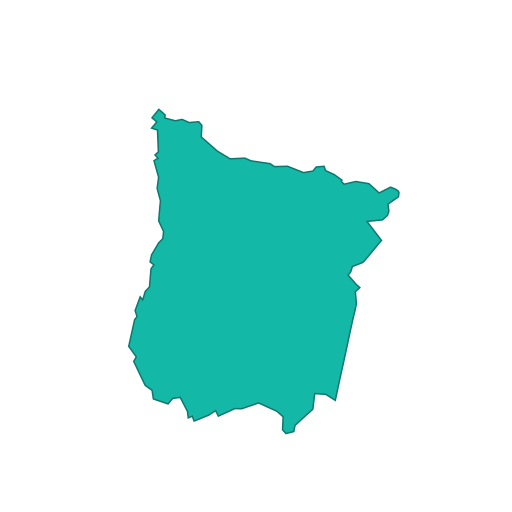 outline of Berkeley, South Carolina, United States of America, rotated 244°
{"feature_id": "52423323B42356104193293", "entity_name": "Berkeley", "entity_type": "district", "adm_level": 2, "iso_a3": "USA", "parent_name": "United States of America", "parent_adm1": "South Carolina", "projection": "mercator", "projection_center": [-79.914, 33.162], "detail": "fine", "context": "isolated", "style": "filled", "palette": "teal", "viewbox_px": 512, "rotation_deg": 244, "n_neighbors": 0, "source": "geoboundaries", "source_scale": "gbopen_adm2", "svg_char_len": 1566}
<svg xmlns="http://www.w3.org/2000/svg" viewBox="0 0 512 512"><g transform="rotate(244 256 256)"><path d="M430.4,233.0L425.8,223.1L420.0,225.6L416.7,218.2L412.4,222.7L392.4,213.9L391.1,209.5L386.8,210.8L386.4,206.1L369.5,203.0L360.2,196.8L347.5,194.3L342.6,191.3L330.2,183.9L318.6,183.7L312.4,179.8L310.5,174.3L302.7,162.5L297.1,158.2L292.8,160.4L290.5,156.0L274.9,146.7L272.8,141.0L266.2,134.9L270.1,134.0L259.9,123.4L253.7,122.5L252.0,119.0L230.6,102.0L217.8,104.2L214.9,99.9L188.2,99.7L180.8,103.7L172.5,101.1L161.6,112.1L164.5,118.7L162.1,125.9L146.5,126.3L140.2,124.1L139.9,128.5L134.8,128.0L133.7,143.7L134.7,151.9L128.6,152.0L128.1,170.1L125.0,176.2L122.8,193.9L107.3,206.7L99.6,209.9L88.2,203.7L83.3,205.1L81.6,213.0L86.7,216.9L93.4,239.9L106.6,248.5L101.0,258.1L91.5,264.0L109.0,277.7L123.7,289.4L149.7,309.8L156.9,315.5L162.6,320.3L169.2,325.4L180.3,329.6L182.1,335.5L186.3,333.7L198.4,330.4L200.2,334.2L204.3,338.0L203.4,348.5L203.8,350.6L205.6,354.6L206.6,357.0L210.6,365.8L210.7,366.0L213.0,371.0L215.0,375.6L221.7,374.3L225.0,373.6L238.4,370.9L233.0,385.6L234.9,392.0L237.9,395.0L244.8,397.4L246.8,410.0L250.3,412.3L252.2,412.3L255.3,410.4L258.9,407.1L258.7,394.3L271.5,389.2L279.2,378.4L281.9,366.7L285.3,365.4L286.5,366.5L294.9,362.0L302.2,356.0L306.8,356.5L309.6,349.1L307.4,344.4L310.1,335.3L322.8,323.7L328.3,311.7L332.7,309.3L343.6,293.4L348.9,288.8L354.7,275.3L367.3,267.2L387.0,259.0L397.1,264.6L401.8,263.4L405.2,254.5L411.2,249.4L412.8,242.9L420.1,234.4L422.5,236.2L430.4,233.0Z" fill="#14b8a6" stroke="#0f766e" stroke-width="1.5"/></g></svg>